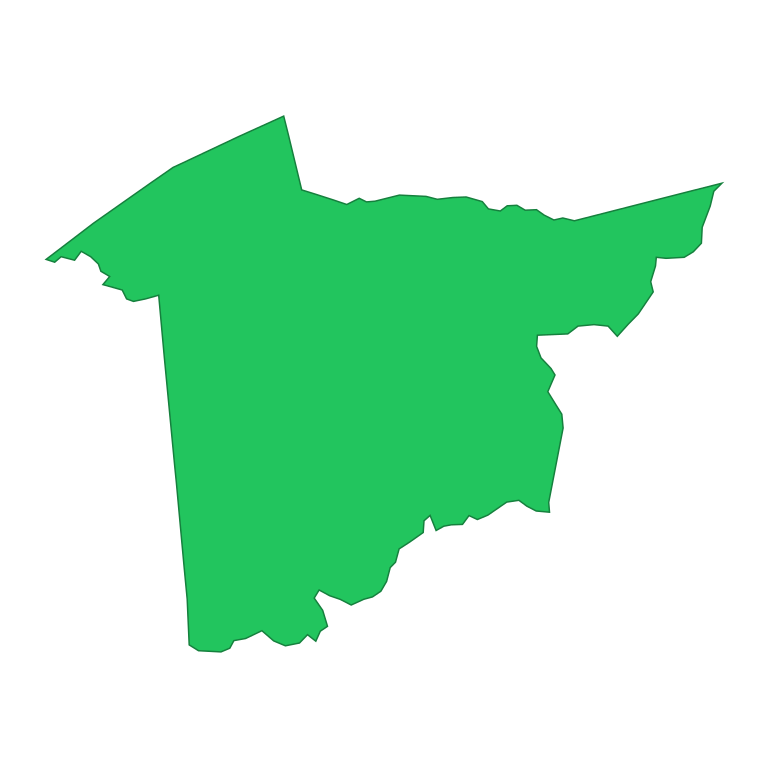 Correntes, Pernambuco, Brazil
{"feature_id": "56859067B37982637523189", "entity_name": "Correntes", "entity_type": "district", "adm_level": 2, "iso_a3": "BRA", "parent_name": "Brazil", "parent_adm1": "Pernambuco", "projection": "mercator", "projection_center": [-36.322, -9.122], "detail": "fine", "context": "isolated", "style": "filled", "palette": "green", "viewbox_px": 768, "rotation_deg": 0, "n_neighbors": 0, "source": "geoboundaries", "source_scale": "gbopen_adm2", "svg_char_len": 1624}
<svg xmlns="http://www.w3.org/2000/svg" viewBox="0 0 768 768"><path d="M721.9,183.2L684.8,192.6L574.4,220.8L562.8,218.0L553.9,220.0L544.1,215.1L536.5,209.7L525.2,210.2L516.9,205.3L507.2,205.8L500.3,211.0L488.4,208.9L482.3,201.6L466.2,197.0L453.0,197.5L437.3,199.3L426.1,196.4L399.4,195.1L375.0,201.2L366.5,201.9L359.2,198.3L346.8,204.5L333.5,200.0L315.8,194.3L301.7,189.9L288.5,135.3L283.7,116.1L251.1,130.9L239.0,136.4L180.0,164.2L173.1,167.4L151.5,182.4L93.5,223.2L46.1,259.4L54.7,262.2L61.1,256.7L74.6,260.2L81.2,251.3L90.7,256.7L98.4,264.0L100.9,271.3L109.7,276.5L102.9,284.6L122.2,290.0L126.6,298.9L133.5,301.4L145.5,298.9L158.7,295.2L164.3,357.1L174.7,465.9L176.4,482.9L184.1,566.8L187.2,599.3L189.2,644.9L198.5,650.7L221.0,651.9L229.8,648.2L233.9,640.6L245.6,638.5L261.9,630.7L273.7,640.9L285.4,645.8L299.5,643.0L307.5,634.7L315.8,641.2L320.3,631.2L327.5,626.3L322.7,610.4L314.2,598.1L319.1,590.0L329.6,595.7L340.1,599.3L351.2,605.0L363.7,599.3L372.5,596.9L380.9,591.2L386.6,581.4L390.2,567.6L395.5,562.2L399.1,548.9L409.6,542.1L423.2,532.5L424.0,520.8L430.1,515.4L436.1,530.5L443.8,526.2L451.3,524.8L462.5,524.4L469.0,515.6L477.4,519.5L487.9,515.1L506.7,502.1L518.9,500.3L526.9,506.2L536.2,511.0L549.5,512.2L548.7,502.4L563.1,428.0L561.8,414.2L555.9,404.8L547.8,391.7L555.0,375.0L551.0,368.5L541.0,357.9L536.6,346.4L537.4,335.2L567.8,333.9L578.0,326.1L594.0,324.6L608.1,326.1L617.3,336.3L628.3,324.1L638.3,313.9L653.2,291.9L650.7,281.7L655.5,266.0L656.3,257.3L666.0,258.3L684.2,257.3L693.3,251.8L701.4,243.2L702.2,227.3L710.2,206.1L713.8,191.3L721.9,183.2Z" fill="#22c55e" stroke="#15803d" stroke-width="1.5"/></svg>